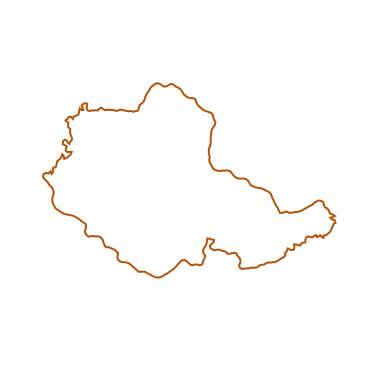 the district of Lagoa Formosa, Minas Gerais, Brazil, rotated 21°
{"feature_id": "56859067B15651251561335", "entity_name": "Lagoa Formosa", "entity_type": "district", "adm_level": 2, "iso_a3": "BRA", "parent_name": "Brazil", "parent_adm1": "Minas Gerais", "projection": "robinson", "projection_center": [-46.318, -18.761], "detail": "fine", "context": "isolated", "style": "outline", "palette": "amber", "viewbox_px": 384, "rotation_deg": 21, "n_neighbors": 0, "source": "geoboundaries", "source_scale": "gbopen_adm2", "svg_char_len": 4821}
<svg xmlns="http://www.w3.org/2000/svg" viewBox="0 0 384 384"><g transform="rotate(21 192 192)"><path d="M334.0,163.2L331.5,162.7L328.4,162.6L326.1,160.0L323.6,158.7L321.8,158.8L320.1,157.4L318.0,154.3L315.6,154.1L313.6,154.4L311.8,156.1L309.8,158.5L308.5,161.3L306.7,163.1L304.7,165.6L302.6,168.0L301.1,170.0L299.6,171.3L298.0,172.7L295.9,173.5L294.0,174.7L291.9,175.9L290.3,176.6L287.8,176.3L285.7,177.2L283.8,179.2L281.4,179.9L279.5,178.0L277.7,176.2L274.9,174.2L272.6,172.2L271.1,170.4L269.5,169.3L268.0,167.3L265.7,165.1L263.5,164.4L261.0,164.2L258.5,163.8L255.9,163.8L253.9,164.1L251.7,164.5L248.9,164.9L246.8,164.9L244.1,164.5L242.0,162.7L240.6,161.5L238.0,160.6L235.5,160.7L233.4,161.8L231.7,162.5L229.8,162.8L227.9,162.9L225.7,162.1L223.6,160.9L221.6,159.6L219.2,158.9L217.0,159.3L215.1,160.3L213.1,161.0L211.2,162.0L209.0,162.8L206.6,163.1L204.5,163.0L202.6,162.0L200.2,159.9L198.0,158.1L196.5,155.8L196.1,152.9L194.6,151.2L193.5,149.1L192.3,145.5L192.4,142.6L192.0,140.4L191.4,138.4L190.7,136.6L190.0,134.6L189.2,131.8L188.6,129.3L188.1,126.9L188.6,124.3L189.2,121.6L189.0,118.6L186.7,116.5L185.3,115.0L184.0,112.7L181.4,111.3L178.5,111.4L175.2,111.5L172.2,111.1L169.8,110.1L167.1,109.2L165.0,107.9L163.4,105.9L161.7,104.1L159.2,104.1L157.5,104.8L155.6,105.3L152.4,104.9L149.6,103.9L148.1,102.8L146.6,101.6L144.7,100.3L142.5,99.7L139.1,99.3L135.9,98.4L133.5,98.7L132.0,100.4L130.6,102.3L127.8,103.7L124.8,102.9L122.7,102.6L120.6,102.9L119.0,104.1L117.9,105.8L116.8,107.6L116.1,109.4L115.7,111.9L114.9,115.0L114.4,117.6L114.4,119.8L114.5,122.4L114.4,125.3L112.9,127.9L112.0,129.9L112.2,132.6L112.3,135.5L110.2,136.8L108.4,138.2L105.7,138.4L104.0,139.3L102.2,139.7L99.6,140.1L96.6,140.4L94.5,141.6L92.6,143.5L89.8,143.5L87.7,144.2L85.9,144.8L84.2,145.2L81.6,146.8L79.1,146.3L77.0,145.9L75.3,147.7L74.9,149.6L73.2,150.0L71.1,151.1L69.0,152.0L67.5,153.1L65.4,153.3L63.6,151.7L63.2,149.5L62.5,147.0L59.6,147.8L57.9,150.8L59.5,152.3L61.1,154.3L59.3,155.1L57.3,154.1L57.7,157.3L58.3,160.1L56.8,162.1L54.5,164.0L54.6,166.6L52.1,165.2L50.1,166.0L49.5,168.6L48.2,170.4L49.8,171.1L51.6,171.5L52.3,173.3L53.0,175.7L55.9,176.9L56.8,180.5L58.8,182.6L60.4,184.4L61.3,186.5L60.2,188.8L60.3,191.0L58.2,190.3L56.4,188.8L54.5,188.7L53.4,190.5L54.0,193.5L57.1,193.9L58.8,194.4L58.7,196.4L59.2,198.6L61.6,199.4L63.7,198.2L65.3,197.8L65.2,200.4L64.0,203.2L62.5,205.3L60.9,206.9L59.4,204.4L57.4,203.3L57.5,206.8L56.5,209.1L55.1,211.5L55.7,214.7L55.8,217.8L53.7,219.1L54.3,221.7L55.2,223.8L54.4,225.5L52.4,223.5L51.3,226.2L48.6,226.6L46.9,228.9L47.5,231.3L49.3,232.6L51.5,233.6L54.0,234.7L55.6,236.1L57.2,237.0L59.6,238.0L61.5,239.8L63.0,241.8L63.6,244.1L63.6,246.7L64.3,249.4L66.0,252.2L68.1,254.1L70.5,256.2L73.4,257.0L75.2,257.3L77.2,257.9L80.2,258.2L83.0,257.9L86.0,257.3L88.7,256.9L90.9,256.8L93.0,257.1L95.5,257.6L98.8,258.7L101.2,259.3L103.1,259.6L104.7,260.5L105.4,262.3L105.9,264.6L106.2,267.5L107.9,269.2L109.6,270.2L111.2,270.8L113.2,269.8L115.2,268.6L117.7,268.1L119.4,267.3L121.4,266.9L124.2,267.5L126.2,269.0L127.3,270.8L129.4,273.0L131.5,274.5L133.9,273.4L135.9,273.5L138.5,273.5L141.3,273.9L143.4,274.9L145.0,275.8L145.6,279.0L146.5,281.0L148.5,282.4L151.0,282.5L153.1,282.1L154.9,281.5L157.5,281.1L160.6,281.7L163.4,282.9L165.6,283.6L167.2,284.2L169.0,285.0L170.9,285.6L173.0,284.7L175.0,283.8L177.1,283.4L179.1,283.8L181.4,284.0L183.6,284.2L186.4,284.7L189.1,284.6L192.4,283.4L194.8,281.1L196.6,278.5L198.5,276.4L200.2,273.5L201.9,271.3L202.9,269.4L204.1,266.6L205.1,263.7L205.9,261.7L206.9,259.7L209.1,258.2L211.9,258.6L214.7,259.7L216.7,260.5L218.5,260.3L220.0,259.1L221.7,258.2L225.2,257.7L227.1,256.4L227.5,254.1L227.1,252.2L227.5,249.5L227.3,246.7L225.0,245.4L223.3,243.1L223.3,239.4L224.0,237.3L224.0,234.7L223.6,232.4L222.9,230.0L225.2,229.3L227.4,229.2L229.9,229.0L230.1,231.4L228.8,233.6L227.9,236.2L229.3,237.7L231.8,238.4L234.0,238.3L235.7,237.1L238.0,236.0L241.4,236.1L243.6,235.6L245.7,235.9L247.3,237.0L249.7,235.9L251.5,234.7L253.4,233.7L255.5,233.3L257.0,235.2L259.0,235.9L260.8,237.2L262.0,239.2L262.5,241.2L262.3,243.9L264.1,245.8L266.6,245.8L269.3,244.2L272.2,243.0L274.7,241.2L276.9,240.6L279.9,238.9L281.4,236.2L283.5,234.9L285.1,233.9L286.6,232.3L288.4,230.4L290.8,229.7L292.6,228.5L294.4,227.9L296.3,226.0L298.2,223.5L299.8,221.2L301.2,219.6L301.9,217.2L300.8,215.7L301.7,213.2L301.6,210.4L303.5,210.5L305.7,210.7L307.8,209.0L307.2,206.0L305.9,204.6L308.0,203.6L310.3,203.6L312.3,203.1L312.5,201.0L313.8,199.5L315.9,198.3L314.9,196.0L315.1,193.1L316.6,191.7L318.9,191.7L320.8,190.9L322.0,189.3L323.2,187.7L324.8,189.3L326.1,188.0L327.2,186.4L329.2,187.5L331.2,187.7L330.5,185.4L332.8,184.4L333.6,182.5L334.9,180.2L335.7,177.5L335.3,175.3L335.9,173.3L335.4,171.3L337.1,169.4L335.0,167.1L332.5,167.5L330.2,166.4L332.2,165.1L334.0,163.2Z" fill="none" stroke="#b45309" stroke-width="2"/></g></svg>